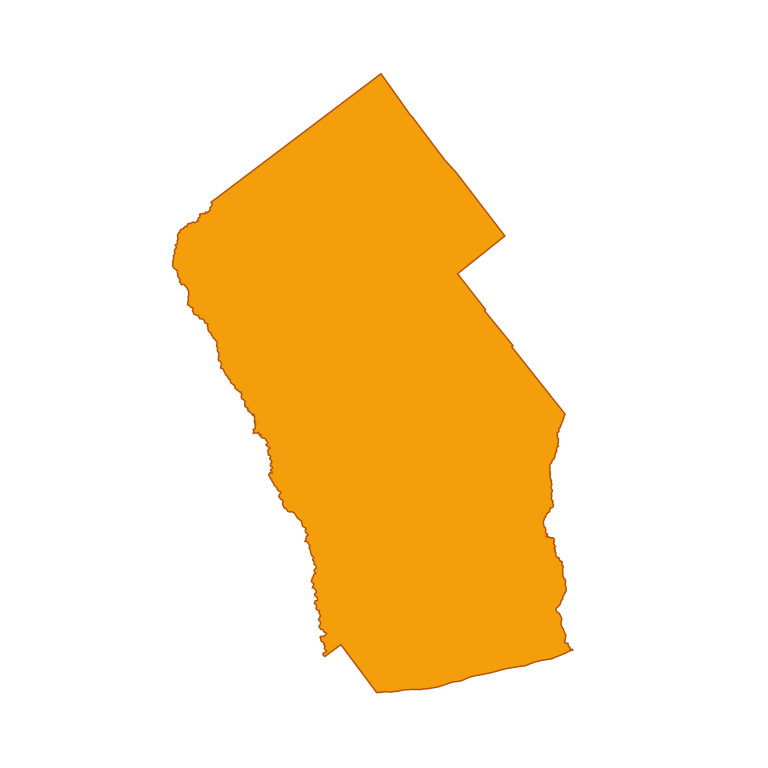 Lobería, Buenos Aires, Argentina (Mercator projection), rotated 9°
{"feature_id": "61730980B76511587081285", "entity_name": "Lobería", "entity_type": "district", "adm_level": 2, "iso_a3": "ARG", "parent_name": "Argentina", "parent_adm1": "Buenos Aires", "projection": "mercator", "projection_center": [-58.449, -38.07], "detail": "fine", "context": "isolated", "style": "filled", "palette": "amber", "viewbox_px": 768, "rotation_deg": 9, "n_neighbors": 0, "source": "geoboundaries", "source_scale": "gbopen_adm2", "svg_char_len": 6168}
<svg xmlns="http://www.w3.org/2000/svg" viewBox="0 0 768 768"><g transform="rotate(9 384 384)"><path d="M425.1,690.0L434.5,687.6L439.7,687.1L441.6,686.2L445.9,685.3L451.2,683.1L458.8,681.4L467.7,680.1L472.0,678.6L473.7,678.5L485.0,674.7L498.1,667.7L506.4,665.3L514.2,660.2L516.8,659.0L534.4,652.6L547.9,646.5L563.3,641.3L567.1,640.4L576.0,635.2L582.7,632.4L592.3,629.3L605.5,621.3L609.5,618.4L612.1,617.3L611.7,616.6L609.4,616.9L608.7,614.7L607.2,614.3L606.3,611.3L605.0,611.5L602.7,610.9L602.6,609.9L603.1,609.0L602.7,606.8L603.1,604.1L600.8,600.7L599.8,598.4L597.4,595.7L596.3,593.4L596.1,590.4L596.5,588.3L593.1,583.2L590.0,581.8L589.0,579.4L588.9,578.9L590.5,577.1L592.3,574.4L592.7,572.9L592.8,570.3L594.0,569.1L593.9,566.9L594.3,564.8L596.3,560.2L595.8,557.0L594.3,553.5L594.3,550.4L593.3,548.4L591.4,547.1L590.3,544.0L590.2,542.3L589.4,539.4L589.7,536.0L587.9,534.9L588.0,531.9L586.3,531.2L586.1,531.5L585.2,530.8L583.9,528.2L581.7,528.0L580.5,526.7L580.2,523.9L578.8,522.2L579.1,520.7L577.8,519.8L578.8,517.7L577.6,516.9L576.3,514.8L576.8,513.7L576.1,510.0L574.5,509.5L572.9,509.9L571.4,509.4L569.7,509.4L569.3,509.8L568.4,509.1L569.0,508.6L568.2,508.3L569.1,506.8L566.8,505.8L566.7,503.1L565.9,500.8L564.5,500.1L563.0,495.8L563.2,493.2L563.5,492.6L563.3,491.5L564.5,490.0L564.5,488.4L566.0,485.3L567.6,484.3L567.4,480.7L569.5,479.7L570.4,478.5L570.4,477.2L569.7,476.5L569.3,474.7L568.9,474.4L569.3,473.5L567.7,472.0L567.1,470.3L567.3,468.3L566.5,466.5L567.1,462.6L565.4,461.0L565.0,460.0L565.5,457.3L565.3,456.3L564.5,454.9L564.7,453.6L564.5,453.1L563.9,452.8L563.5,451.5L562.4,450.4L562.7,448.7L562.0,447.0L562.3,446.1L561.6,445.8L561.8,444.6L561.0,442.5L561.0,440.6L560.5,438.7L560.7,437.3L562.0,435.2L561.9,433.8L564.0,430.3L564.1,426.2L565.1,423.4L564.4,420.6L565.0,419.1L566.0,418.1L564.8,416.0L565.2,415.4L565.3,413.6L564.8,410.7L563.4,409.5L563.4,407.4L562.6,405.9L564.3,403.1L563.8,402.1L563.8,400.4L564.9,399.2L564.9,397.5L565.6,396.0L565.6,394.8L566.5,391.8L566.5,389.5L566.9,389.1L567.0,387.0L567.6,385.5L504.4,327.3L505.5,326.0L471.8,295.9L472.7,294.7L439.4,263.6L480.2,218.9L422.5,164.1L408.8,153.1L369.2,114.9L368.1,114.4L332.5,78.0L184.7,231.6L185.8,232.5L186.2,234.0L186.0,235.3L184.5,237.0L185.2,239.6L183.7,241.0L182.7,242.5L181.1,242.0L180.4,243.8L178.9,243.7L177.4,244.7L176.1,244.7L175.4,245.3L175.3,245.7L176.0,246.6L175.8,248.1L175.1,248.7L174.4,250.3L175.0,251.9L174.7,252.2L173.8,252.5L173.3,253.4L172.3,254.0L171.2,254.3L170.0,253.9L167.5,255.8L165.6,256.1L164.9,257.2L165.1,258.1L164.6,259.4L163.4,259.2L161.8,260.9L161.7,262.1L159.4,262.9L158.2,265.1L158.5,266.2L157.6,266.8L156.7,269.2L157.9,273.3L157.3,274.7L158.0,277.0L157.6,278.0L156.1,279.2L156.6,280.3L157.6,280.9L157.4,282.4L156.2,284.0L156.3,286.5L157.1,287.4L156.7,288.9L155.9,289.9L156.6,292.5L156.2,296.6L156.6,297.8L156.4,299.2L157.9,302.2L162.2,304.6L162.4,306.1L163.2,308.1L163.2,309.5L164.8,311.5L165.9,312.2L166.3,314.1L166.1,315.2L167.1,315.7L168.3,317.6L171.0,316.9L172.5,318.6L174.0,319.2L176.6,323.3L177.3,326.5L176.8,328.1L177.8,331.9L177.4,332.9L177.6,336.5L179.7,337.0L180.9,338.4L183.6,338.8L183.7,339.7L183.3,341.4L185.4,344.7L189.9,345.8L192.0,348.5L193.8,348.1L195.4,348.4L196.5,349.5L197.6,351.6L200.5,352.1L200.8,352.6L200.3,354.0L201.3,355.7L201.7,358.0L203.4,360.1L205.7,361.4L205.8,362.6L207.7,364.2L208.3,365.5L209.5,365.9L212.5,368.7L212.8,369.3L212.6,372.8L214.0,374.2L214.0,376.3L214.6,377.8L216.7,380.2L216.3,381.7L216.5,385.6L217.0,386.8L218.9,387.3L220.3,389.1L220.0,393.6L220.5,394.0L222.5,394.1L226.3,399.7L228.4,401.2L229.9,403.3L230.5,403.3L231.6,404.3L231.8,405.4L232.9,407.0L236.5,408.7L237.7,411.6L243.3,414.7L244.0,414.3L244.3,415.5L245.3,417.0L244.8,418.6L245.9,420.9L247.5,421.3L249.6,422.9L249.5,425.7L250.1,426.3L250.0,427.6L252.5,429.2L253.6,429.3L253.5,430.7L254.0,432.0L255.4,432.4L258.5,434.5L259.9,434.1L260.1,434.9L259.5,435.5L260.0,435.7L260.4,435.4L261.4,436.1L261.2,437.6L261.8,439.0L261.7,441.4L262.8,441.3L263.1,441.8L263.0,442.4L262.5,442.3L262.5,443.2L263.7,444.6L263.1,445.4L263.8,448.1L262.5,449.1L262.5,449.9L262.1,449.9L262.8,451.1L262.6,453.2L264.9,452.3L267.0,452.3L267.4,451.6L268.3,452.3L268.7,453.9L269.5,453.8L270.1,453.1L270.5,453.3L270.0,454.2L270.3,455.2L272.7,456.4L274.4,456.2L276.0,457.2L276.2,458.0L277.9,459.4L278.3,460.0L277.9,461.8L277.0,462.3L277.6,463.3L281.2,464.8L281.2,465.6L280.0,466.5L279.8,468.2L279.5,468.6L280.6,469.8L280.7,472.1L282.0,472.2L283.4,473.5L283.2,474.8L282.7,475.1L283.0,476.1L284.7,477.1L285.2,477.9L285.4,479.3L284.5,479.8L284.5,482.7L286.8,483.4L286.9,484.1L286.5,485.4L285.8,485.8L285.3,487.0L287.4,488.5L287.6,489.2L285.2,489.6L284.3,491.7L284.5,492.2L285.5,493.2L286.4,495.0L287.8,495.7L288.3,497.1L290.8,499.8L291.6,501.4L293.8,502.7L295.6,505.3L298.9,507.0L299.0,507.7L297.9,509.9L297.7,511.7L300.3,514.1L302.5,515.1L302.8,516.9L302.4,518.2L304.0,521.0L304.8,522.0L306.7,522.4L309.0,524.8L310.7,525.1L313.5,524.6L315.7,525.4L319.7,530.1L324.0,532.4L325.8,537.3L329.1,538.4L329.5,539.0L329.1,541.0L329.9,542.9L332.8,544.7L332.7,545.2L331.1,546.6L331.2,548.7L330.6,551.8L332.0,551.5L334.0,552.9L334.9,554.3L336.1,554.9L336.0,556.1L335.6,556.7L335.8,557.9L336.9,558.9L338.2,562.6L339.9,565.3L341.5,566.2L341.8,566.8L341.0,568.5L341.2,569.1L343.0,570.7L343.2,571.5L343.0,572.8L344.1,573.2L345.5,574.8L345.8,576.5L344.2,578.3L344.2,579.1L344.7,580.6L346.1,581.5L346.1,582.1L344.3,583.2L344.2,585.6L343.6,586.3L343.7,587.6L343.0,589.7L343.6,590.9L346.1,592.4L345.1,596.4L346.4,596.5L349.4,598.6L349.7,600.7L348.4,602.0L348.3,603.1L349.0,604.0L351.0,604.8L352.4,607.8L351.5,608.6L350.1,608.8L349.5,611.3L350.3,612.1L351.4,612.4L352.3,614.2L351.9,616.0L352.8,617.4L355.5,618.1L355.8,618.8L355.3,619.7L357.5,622.6L356.8,625.5L356.1,626.5L356.2,627.1L357.8,628.3L358.8,630.0L358.7,631.4L357.7,633.7L359.9,636.1L361.9,636.2L364.0,638.5L365.1,638.5L366.3,639.3L365.8,640.8L364.2,642.2L364.0,642.8L360.8,643.2L360.4,644.1L361.4,645.3L361.7,647.0L363.2,648.5L365.2,649.0L365.6,649.7L365.4,650.7L366.9,652.6L366.5,653.6L366.5,654.9L369.1,656.6L368.6,657.6L365.9,659.5L366.3,661.2L368.2,662.4L382.2,648.2L425.1,690.0Z" fill="#f59e0b" stroke="#b45309" stroke-width="1.5"/></g></svg>